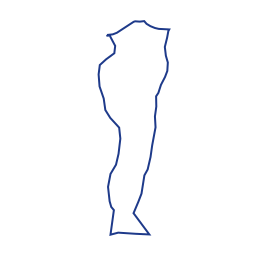 map outline of Al Jabal al Akhdar (Robinson projection), rotated 9°
{"feature_id": "LBY-2982", "entity_name": "Al Jabal al Akhdar", "entity_type": "Municipality", "adm_level": 1, "iso_a3": "LBY", "parent_name": "Libya", "parent_adm1": "", "projection": "robinson", "projection_center": [21.714, 32.008], "detail": "fine", "context": "isolated", "style": "outline", "palette": "blue", "viewbox_px": 256, "rotation_deg": 9, "n_neighbors": 0, "source": "natural_earth", "source_scale": "10m", "svg_char_len": 868}
<svg xmlns="http://www.w3.org/2000/svg" viewBox="0 0 256 256"><g transform="rotate(9 128 128)"><path d="M92.7,39.4L98.3,37.9L102.1,35.7L117.0,22.2L118.4,21.5L123.0,21.1L127.3,19.9L130.0,22.2L134.2,23.9L138.9,25.0L142.8,25.3L153.3,24.2L152.8,25.6L152.7,25.6L152.5,32.7L151.7,42.2L154.1,50.7L157.1,57.1L157.9,65.5L156.6,71.8L153.8,80.2L152.5,88.6L150.8,92.3L152.6,102.4L152.8,112.4L155.1,123.0L154.6,141.5L154.8,153.2L153.9,165.9L151.6,172.2L151.6,190.7L149.8,199.1L146.8,211.3L165.7,229.8L152.1,231.3L134.7,232.9L127.4,236.1L126.9,211.3L123.8,208.6L121.3,203.2L117.5,189.3L117.9,176.1L121.9,166.1L122.7,155.0L122.1,139.7L119.2,129.0L108.9,120.8L102.8,113.8L99.4,102.7L93.4,91.4L90.6,79.7L90.3,70.2L95.7,63.5L102.8,56.3L102.5,48.9L96.4,40.8L95.7,39.4L95.5,39.5L94.6,39.6L93.8,40.0L93.0,40.0L92.8,39.4L92.7,39.4Z" fill="none" stroke="#1e3a8a" stroke-width="2"/></g></svg>